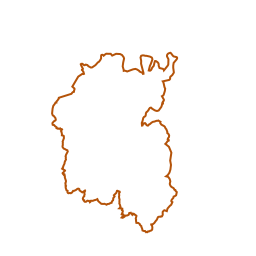 the district of Ra, Western, Fiji, rotated 30°
{"feature_id": "14151628B53541640625043", "entity_name": "Ra", "entity_type": "district", "adm_level": 2, "iso_a3": "FJI", "parent_name": "Fiji", "parent_adm1": "Western", "projection": "equal_earth", "projection_center": [178.211, -17.485], "detail": "fine", "context": "isolated", "style": "outline", "palette": "amber", "viewbox_px": 256, "rotation_deg": 30, "n_neighbors": 0, "source": "geoboundaries", "source_scale": "gbopen_adm2", "svg_char_len": 5879}
<svg xmlns="http://www.w3.org/2000/svg" viewBox="0 0 256 256"><g transform="rotate(30 128 128)"><path d="M74.4,167.4L75.7,167.0L76.3,167.0L76.6,167.3L77.6,168.9L78.2,172.5L78.7,172.9L79.5,174.5L80.1,175.3L80.3,176.4L80.9,177.2L82.6,178.0L83.6,177.8L85.5,177.8L86.6,177.6L87.6,178.5L87.7,182.0L88.1,183.8L88.7,184.2L89.4,185.7L90.0,186.2L90.1,187.2L90.0,187.9L90.2,188.3L90.2,189.2L90.8,190.5L91.0,193.2L91.3,194.0L91.2,194.7L91.6,195.1L91.4,196.2L94.7,196.3L94.8,196.4L94.4,197.8L94.3,198.8L93.9,199.4L94.0,199.9L94.8,200.3L95.4,199.9L96.2,199.9L96.4,200.2L96.3,200.9L97.4,201.2L98.0,202.4L100.8,204.9L101.2,205.9L101.3,207.1L101.8,207.5L102.9,209.4L103.3,209.3L103.8,210.8L104.3,211.3L105.9,212.7L107.1,212.6L107.7,213.9L108.4,214.3L109.0,214.3L110.2,213.3L111.1,213.1L111.8,211.8L111.9,209.9L112.6,209.5L113.8,207.9L114.6,206.0L115.2,205.4L115.9,205.2L116.4,205.3L117.2,206.3L120.6,206.6L122.0,203.7L122.3,203.9L122.4,205.3L122.8,206.3L123.6,207.1L123.8,208.3L124.2,208.8L123.9,210.3L124.1,211.6L124.8,212.4L126.0,212.5L126.0,213.0L127.3,213.5L128.4,213.0L128.8,212.3L129.0,211.5L129.4,211.1L130.7,210.8L131.6,210.9L132.1,211.3L132.3,210.8L131.8,210.3L131.8,209.9L132.3,209.8L132.8,209.2L133.9,208.7L135.0,207.3L136.2,206.2L137.0,204.9L138.8,206.2L142.8,207.0L144.6,206.1L145.5,205.4L147.8,205.1L147.8,204.8L148.1,204.2L149.6,203.1L149.9,202.4L151.2,200.9L150.9,200.3L150.9,199.9L150.9,198.7L151.2,198.1L150.8,197.0L150.3,196.2L150.6,194.0L149.4,193.3L150.3,190.0L149.9,187.9L150.1,187.7L152.6,187.3L153.0,187.8L152.8,188.6L153.0,189.1L154.2,190.9L154.5,191.9L155.6,193.4L156.3,193.9L157.3,196.0L157.7,196.4L158.2,197.7L159.5,198.6L161.3,200.4L160.8,200.7L160.9,201.2L160.7,201.9L163.4,200.7L163.7,201.1L163.9,202.2L164.7,202.2L165.3,203.0L165.7,206.0L165.8,206.0L166.1,205.5L167.0,205.2L167.8,205.6L167.9,206.4L167.4,208.1L167.3,208.7L168.3,208.4L169.3,206.6L169.5,205.2L170.9,204.3L171.6,203.4L172.0,202.7L171.6,201.0L172.8,200.0L173.5,200.6L174.0,200.5L175.1,201.0L175.2,199.9L175.1,199.7L175.9,199.4L176.2,199.4L176.8,199.9L177.7,199.5L179.3,199.9L180.0,202.6L181.0,203.6L181.2,204.2L182.7,206.0L184.3,205.1L186.2,205.3L187.0,206.0L188.6,206.3L189.1,207.0L190.5,208.0L191.8,209.5L193.5,209.2L194.2,208.7L195.7,209.2L195.9,208.8L196.9,208.5L197.1,207.4L197.9,207.1L198.6,205.9L199.2,205.4L199.6,204.6L199.7,203.8L198.8,201.9L197.8,200.7L196.5,200.2L196.3,199.9L197.6,198.9L198.3,197.1L198.5,194.4L198.7,194.0L198.8,192.7L198.5,190.3L199.2,189.3L200.7,188.5L200.8,188.0L201.5,187.7L201.6,187.4L201.5,185.8L200.4,184.1L200.0,183.3L200.1,182.7L200.3,181.6L200.7,181.0L203.2,180.6L202.5,178.0L203.2,174.4L203.6,173.5L203.8,172.8L203.5,170.0L202.3,169.9L201.8,169.1L201.8,167.8L202.2,166.0L201.8,164.6L202.6,163.6L203.3,162.2L202.3,159.1L200.7,158.7L200.2,158.1L199.9,158.0L199.2,158.3L198.9,158.2L198.0,157.5L197.4,157.3L195.0,157.3L193.9,156.9L192.8,156.2L192.1,155.5L191.3,153.0L189.7,151.4L187.9,150.5L187.0,150.3L185.2,150.8L186.0,148.8L186.2,145.9L185.5,142.8L183.7,138.5L180.8,135.1L177.9,127.7L172.8,123.8L168.3,123.1L168.7,121.5L168.8,119.7L169.6,118.6L169.4,118.1L168.0,117.9L167.8,116.8L168.0,115.9L167.9,115.1L167.3,113.8L165.9,112.9L164.5,112.7L164.0,111.7L161.8,109.9L160.8,109.6L159.2,108.5L158.2,108.3L155.2,108.4L153.5,107.6L153.0,106.8L153.0,106.4L150.5,106.4L150.4,106.7L149.1,107.5L147.7,109.2L146.5,110.2L145.7,111.6L145.0,113.7L144.5,114.2L144.2,115.8L143.6,116.2L142.6,116.2L142.4,116.0L141.1,115.4L140.6,115.3L140.5,115.7L139.6,115.7L139.1,116.4L139.3,118.6L138.9,118.9L137.4,116.7L137.1,114.7L136.2,111.7L136.3,110.5L137.0,109.3L137.1,108.8L136.9,107.9L136.1,106.2L136.1,104.9L136.5,104.1L136.8,101.9L136.7,101.2L136.9,99.7L137.5,99.0L138.0,98.8L139.0,99.2L142.3,99.3L144.0,99.0L144.8,98.6L145.8,97.5L146.3,93.2L146.1,91.9L145.4,89.7L146.0,89.6L146.0,89.2L145.8,88.8L145.1,88.3L145.1,87.3L145.3,87.0L145.2,86.0L144.9,85.5L141.5,83.5L142.0,82.7L142.3,81.5L141.4,77.5L140.5,75.3L139.3,74.5L135.9,70.8L134.8,70.2L139.6,65.8L139.8,65.4L139.9,64.4L139.1,62.9L139.1,62.2L139.5,61.2L139.9,59.9L140.0,57.5L139.9,56.9L137.1,53.3L135.9,51.2L135.0,48.8L135.8,44.2L135.7,43.1L135.3,42.5L134.7,42.3L131.7,43.2L130.8,43.0L127.7,41.7L127.0,41.7L126.1,42.7L125.5,43.7L125.3,44.8L125.5,45.7L126.0,46.5L128.6,48.2L131.0,52.6L131.2,53.2L131.2,54.4L130.3,60.1L129.8,59.6L128.7,59.3L125.3,60.3L123.4,58.7L122.6,57.3L121.7,56.6L120.5,56.2L118.6,56.1L117.9,56.6L118.1,57.7L119.1,60.9L119.2,61.8L118.9,62.6L118.8,64.4L119.0,65.4L118.9,66.5L118.4,67.4L117.2,67.8L115.9,63.2L115.8,61.6L114.9,56.5L113.9,55.4L113.3,55.1L111.3,55.2L107.8,56.3L106.7,56.9L105.4,57.2L104.1,58.0L103.3,58.9L103.6,60.7L105.8,63.2L107.2,65.8L113.8,72.5L114.3,73.3L113.9,73.6L113.4,73.0L109.7,73.3L109.1,72.9L106.6,72.8L104.9,73.1L103.1,74.6L99.0,79.5L97.8,79.6L96.2,80.1L95.7,80.6L95.1,79.7L92.6,77.3L91.1,73.7L89.9,69.9L88.9,68.9L86.4,67.8L84.2,67.9L80.6,69.7L78.1,73.2L75.9,72.4L72.0,74.6L71.4,75.7L70.8,77.5L70.4,77.3L69.4,77.3L68.5,78.0L68.6,78.9L69.9,81.2L70.0,82.8L69.8,85.0L69.1,86.3L68.4,89.8L66.6,93.5L65.6,94.2L62.8,94.3L61.4,93.8L61.0,93.9L59.8,94.2L59.5,94.4L59.3,95.0L58.6,95.6L56.4,95.2L55.4,95.8L55.2,96.4L56.1,97.2L59.4,99.3L59.4,100.1L59.0,100.6L59.1,100.8L59.8,100.9L61.7,101.9L62.1,103.1L62.7,103.0L62.8,103.1L62.4,103.6L61.6,103.8L61.3,104.1L59.2,108.4L59.1,120.0L61.9,120.6L62.5,121.6L62.5,122.4L63.1,123.7L62.3,124.5L62.1,125.1L61.9,126.7L53.0,136.4L53.4,137.2L53.2,137.8L53.2,139.3L53.0,140.0L52.8,141.0L53.3,141.8L52.5,142.4L52.5,144.3L52.2,145.9L52.4,146.8L53.0,148.9L55.0,153.4L56.5,154.7L57.8,154.7L60.2,155.7L61.3,156.9L61.4,157.2L61.3,157.9L60.5,159.2L60.1,161.3L60.3,161.9L61.2,162.9L62.6,162.4L63.9,162.9L65.9,163.1L66.1,163.3L66.2,163.9L66.4,163.9L67.2,163.6L67.6,163.7L68.1,163.2L68.8,163.2L69.2,162.9L69.4,162.3L70.0,162.5L71.3,162.1L71.6,162.2L71.4,164.0L72.0,164.2L72.1,164.6L72.9,165.2L73.9,166.4L74.4,167.4Z" fill="none" stroke="#b45309" stroke-width="2"/></g></svg>